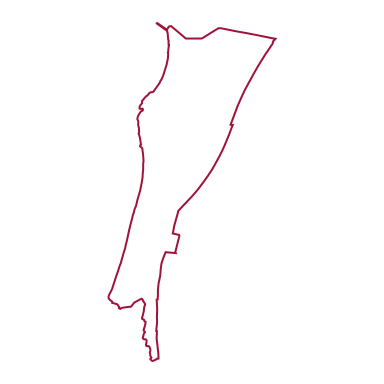 outline of Ainaži, Salacgrivas, Latvia
{"feature_id": "27541924B80186779852289", "entity_name": "Ainaži", "entity_type": "district", "adm_level": 2, "iso_a3": "LVA", "parent_name": "Latvia", "parent_adm1": "Salacgrivas", "projection": "mercator", "projection_center": [24.349, 57.852], "detail": "fine", "context": "isolated", "style": "outline", "palette": "rose", "viewbox_px": 384, "rotation_deg": 0, "n_neighbors": 0, "source": "geoboundaries", "source_scale": "gbopen_adm2", "svg_char_len": 4732}
<svg xmlns="http://www.w3.org/2000/svg" viewBox="0 0 384 384"><path d="M143.9,319.7L144.2,319.9L144.3,320.7L144.3,321.0L145.4,321.9L145.5,321.9L145.5,322.2L145.5,322.6L145.5,323.1L145.2,324.7L143.9,329.1L143.6,329.8L143.9,330.9L144.0,331.0L144.3,331.3L144.7,331.6L145.0,331.9L145.0,332.1L144.9,332.4L144.1,333.3L143.6,334.4L143.5,335.3L142.8,337.8L142.8,338.2L143.0,338.5L143.4,338.9L144.1,339.2L144.3,339.3L145.1,339.3L145.6,339.4L145.9,339.5L146.2,339.8L146.5,340.2L146.6,340.5L146.5,342.1L146.4,343.0L146.0,344.4L146.0,345.0L146.1,345.4L146.2,345.7L146.4,345.9L146.8,346.1L147.2,346.2L148.1,346.1L148.7,346.2L149.1,346.5L149.3,346.7L149.6,347.3L150.1,348.6L150.3,349.2L150.4,349.8L150.4,350.5L150.3,351.0L149.9,352.1L149.8,352.7L150.1,353.3L150.2,354.2L150.4,356.1L151.4,357.5L151.1,358.1L150.4,358.7L150.3,359.0L150.4,359.3L151.1,360.0L152.3,361.0L152.8,360.9L154.8,360.2L155.8,359.7L156.8,358.7L157.7,358.7L158.0,358.8L158.5,358.6L158.4,354.1L157.3,344.2L156.6,338.4L156.9,332.0L156.9,331.1L156.2,330.9L156.6,327.0L156.9,324.2L157.1,321.8L156.9,317.2L157.1,312.3L157.1,310.8L157.2,309.8L157.0,305.0L156.8,301.7L156.7,300.4L156.7,299.9L156.7,299.6L157.7,299.4L157.9,295.1L157.9,290.2L158.4,285.1L158.7,282.7L159.2,280.7L159.6,278.4L160.0,276.7L160.3,274.9L160.4,273.7L160.4,272.8L160.5,272.1L160.7,269.0L161.5,263.4L163.1,258.5L165.6,252.2L175.8,253.1L175.3,252.2L177.8,242.2L179.1,237.1L179.4,236.0L179.2,235.2L179.1,234.9L172.8,233.5L173.0,232.7L174.2,225.9L177.0,215.9L177.3,215.0L178.3,210.9L183.8,205.0L190.1,198.4L191.5,196.9L197.4,190.1L203.0,182.7L208.1,175.6L208.5,174.9L212.3,169.2L212.5,168.8L212.6,168.7L216.3,162.0L219.9,155.4L221.7,151.8L221.9,151.4L222.3,150.5L224.5,145.7L225.9,142.2L228.9,135.1L232.0,126.7L232.8,125.0L230.6,124.7L237.5,106.3L241.1,98.0L245.0,89.7L254.0,73.2L259.0,64.5L265.4,54.3L272.7,43.6L272.9,41.6L275.1,39.3L275.3,39.0L275.5,38.8L274.8,38.6L272.9,38.4L272.6,38.3L248.1,33.4L236.7,31.4L221.2,28.3L218.5,28.2L211.8,32.3L202.4,38.2L201.6,38.5L201.2,38.5L185.8,38.5L171.1,26.1L169.3,26.4L168.5,27.1L167.7,28.5L166.8,29.6L162.2,26.5L157.2,23.0L156.8,23.5L167.0,30.8L167.3,31.0L167.3,31.7L167.2,31.8L167.2,32.0L167.3,32.2L167.4,32.3L167.4,32.5L167.5,32.7L167.6,32.8L167.7,33.8L168.2,39.7L168.3,40.0L168.5,40.1L168.6,40.3L168.6,40.5L168.6,40.8L168.6,41.3L168.6,41.5L168.7,41.9L168.5,42.1L168.5,42.6L168.5,43.6L168.6,43.8L168.8,44.2L168.8,44.3L168.9,44.5L168.8,44.8L169.0,44.8L169.0,45.0L169.0,45.3L168.6,47.5L168.4,48.8L168.3,49.4L168.3,50.8L168.2,51.1L168.1,51.4L168.1,52.0L168.0,52.4L167.9,52.5L167.9,52.8L168.1,53.1L168.1,53.9L168.1,55.4L167.9,58.5L167.3,61.2L166.5,65.1L164.9,70.0L163.8,73.7L163.0,76.0L162.3,77.6L161.9,78.7L160.2,81.4L159.7,82.8L153.4,91.7L152.6,92.1L152.1,92.2L151.7,92.1L151.3,92.3L150.9,92.3L150.6,92.4L150.1,92.6L149.5,92.9L147.3,95.6L146.4,96.1L145.8,96.7L145.1,97.4L144.5,98.0L143.5,99.4L142.1,101.0L141.9,103.4L139.9,105.9L139.5,107.4L139.5,108.5L139.9,108.8L140.7,108.9L142.6,108.7L142.9,109.4L142.9,110.0L142.6,110.6L140.8,111.5L139.7,113.2L138.0,116.0L137.3,119.0L138.0,120.6L138.4,121.8L138.3,123.0L138.1,123.9L138.2,125.2L138.9,127.9L139.1,132.2L139.1,132.7L138.7,133.2L138.6,133.6L139.0,134.3L140.0,138.2L141.0,144.8L140.2,145.3L140.1,145.7L140.1,146.3L140.5,146.7L141.9,147.8L142.3,148.4L142.5,150.2L143.0,154.1L143.4,158.7L143.5,161.7L143.2,163.2L143.2,168.8L143.0,171.5L142.7,174.1L142.6,177.2L141.6,183.3L140.1,190.7L139.0,194.7L138.3,196.8L137.9,198.4L137.5,199.5L136.5,203.9L135.9,206.3L135.1,208.0L134.5,209.3L134.3,210.6L133.7,212.9L132.9,215.0L132.5,216.6L132.1,218.8L131.4,221.0L130.8,223.4L129.2,229.8L127.4,238.3L126.9,240.6L125.7,245.2L125.2,248.0L123.7,252.6L122.6,256.6L121.6,260.0L120.9,262.8L119.3,266.9L118.2,270.7L117.0,273.9L115.2,279.3L112.7,287.0L112.1,289.0L108.9,295.4L108.5,297.1L108.6,297.9L109.0,298.8L109.6,299.6L110.6,300.5L111.5,301.1L112.3,301.7L112.2,302.9L113.9,303.3L115.2,303.7L117.3,304.3L117.8,305.0L119.2,307.1L118.9,308.2L120.4,308.9L121.4,308.0L121.9,307.9L125.5,307.3L126.2,307.2L126.6,307.2L129.2,306.8L130.7,306.8L131.0,306.7L131.6,306.0L133.7,303.3L134.2,302.7L135.7,301.8L138.1,300.5L139.6,299.7L139.9,299.5L140.7,299.2L141.0,299.0L141.3,298.8L141.4,298.7L141.5,298.7L141.7,298.8L141.8,298.9L141.9,299.0L142.0,299.1L142.3,299.5L142.6,299.6L143.2,301.2L144.2,302.5L144.7,303.4L144.8,303.6L145.0,304.0L145.2,304.3L145.1,304.6L145.1,304.8L145.0,305.1L144.8,305.3L144.7,305.7L144.5,306.0L144.4,306.6L144.3,307.1L144.1,308.1L144.0,309.0L143.9,309.6L143.9,310.1L143.8,310.7L143.8,311.3L143.4,312.7L143.1,314.1L142.9,314.9L142.7,315.6L142.6,315.9L142.5,316.3L142.4,316.8L142.3,317.4L142.2,317.6L142.1,317.8L142.0,318.0L142.0,318.3L142.0,318.5L142.1,318.8L143.9,319.7Z" fill="none" stroke="#9f1239" stroke-width="2"/></svg>